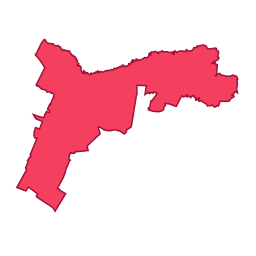 the district of Jantetelco, Morelos, Mexico, rotated 274°
{"feature_id": "50627088B92238721973394", "entity_name": "Jantetelco", "entity_type": "district", "adm_level": 2, "iso_a3": "MEX", "parent_name": "Mexico", "parent_adm1": "Morelos", "projection": "albers", "projection_center": [-98.756, 18.67], "detail": "fine", "context": "isolated", "style": "filled", "palette": "rose", "viewbox_px": 256, "rotation_deg": 274, "n_neighbors": 0, "source": "geoboundaries", "source_scale": "gbopen_adm2", "svg_char_len": 5928}
<svg xmlns="http://www.w3.org/2000/svg" viewBox="0 0 256 256"><g transform="rotate(274 128 128)"><path d="M205.3,212.4L209.5,213.2L211.1,212.5L211.8,211.2L211.9,210.4L213.4,210.8L213.8,210.0L213.6,208.2L212.5,203.7L212.9,201.7L215.1,200.3L215.8,198.8L216.1,197.6L215.2,193.9L214.5,192.3L214.7,191.3L213.5,191.3L213.0,189.9L212.8,188.1L212.1,188.0L210.4,186.9L209.3,185.5L209.4,184.7L208.8,182.7L209.3,181.7L209.8,181.4L210.3,181.4L210.3,181.1L210.0,180.6L209.0,180.3L208.3,179.7L208.2,179.0L208.7,178.3L208.2,177.1L208.3,176.2L208.7,175.8L208.6,175.2L208.3,173.9L207.7,172.7L206.5,171.4L206.8,170.8L207.7,170.4L208.2,169.2L207.1,168.5L205.2,168.9L204.6,168.8L204.4,168.5L205.4,167.2L206.1,167.7L206.8,167.6L207.0,167.4L206.1,164.1L206.8,162.1L206.5,158.1L206.6,157.6L207.4,156.8L207.3,156.4L206.0,155.3L206.0,153.5L205.8,153.2L204.6,153.4L204.3,153.1L204.4,152.7L205.3,152.7L205.5,151.4L206.1,150.8L206.3,150.3L206.1,149.0L205.4,148.2L205.6,146.3L204.7,145.5L202.7,145.9L202.3,145.3L202.4,144.9L204.1,144.7L204.2,144.1L201.4,143.6L199.9,142.7L199.3,141.3L199.4,139.6L198.4,138.6L198.1,137.7L197.1,136.7L196.5,135.3L197.0,134.7L197.0,134.3L196.1,133.7L196.0,133.0L197.3,132.0L197.5,131.4L197.3,131.1L195.8,131.2L195.7,131.0L195.7,129.9L196.3,128.6L196.3,128.0L195.8,127.3L195.4,127.3L194.6,128.7L193.9,128.9L193.7,128.1L194.7,127.2L193.9,126.6L192.1,126.2L191.6,125.3L192.3,124.9L192.3,124.3L190.8,124.1L189.9,123.2L189.6,122.4L189.8,122.2L189.6,121.3L188.9,120.1L190.3,119.2L190.5,118.3L190.3,117.9L189.6,118.2L188.7,117.8L188.6,116.9L189.1,116.0L188.2,115.4L187.9,114.2L187.3,113.7L187.4,113.1L187.1,112.6L186.1,112.4L186.7,110.2L184.9,109.1L185.2,107.8L183.9,104.6L184.1,103.3L183.5,102.5L183.5,101.5L182.2,99.9L182.0,98.7L182.4,97.9L182.4,96.9L182.3,96.5L181.6,96.1L181.6,95.7L182.0,95.0L182.7,94.6L182.8,94.2L181.2,94.3L181.2,93.8L182.0,93.1L182.0,92.4L181.3,91.7L180.8,91.9L180.5,91.5L180.4,90.9L180.6,90.5L179.9,89.1L180.1,87.2L179.7,86.9L179.3,87.2L179.0,87.1L178.6,86.3L178.6,85.8L178.9,85.0L180.3,83.8L180.2,83.1L180.0,82.8L179.2,82.5L179.4,82.1L180.7,81.8L181.2,80.5L182.0,79.9L181.2,79.7L179.5,80.3L179.2,80.0L179.3,78.9L180.3,78.7L181.3,77.7L182.5,77.2L182.7,76.8L183.7,77.1L184.7,77.1L185.8,76.7L186.3,76.0L186.3,75.4L186.8,75.3L186.7,74.6L187.0,74.1L186.6,73.3L186.6,73.0L187.1,72.9L187.6,74.0L188.6,74.5L189.4,73.4L191.0,72.3L191.6,72.8L192.8,71.9L193.6,71.7L193.5,71.3L193.6,70.5L193.8,70.4L194.4,70.8L195.1,70.6L195.2,70.2L195.8,69.6L195.7,68.5L196.8,67.8L197.1,66.6L198.9,65.4L199.6,64.6L200.6,64.4L200.7,63.3L200.4,62.7L201.0,62.2L200.8,61.0L201.5,58.8L201.0,58.9L200.9,58.5L201.2,58.0L201.2,56.8L201.6,56.5L202.1,56.4L202.7,55.4L204.0,55.1L204.5,53.3L205.3,52.9L204.8,52.3L205.1,51.6L205.2,48.8L206.9,47.3L206.4,46.0L206.9,45.3L206.8,43.6L207.2,41.7L208.6,39.9L209.8,39.7L210.5,38.3L206.8,35.8L196.2,31.5L194.5,30.4L191.1,34.1L182.5,40.9L164.4,33.4L163.5,34.5L164.0,34.7L163.6,35.6L160.7,39.2L160.5,41.3L159.8,43.4L159.5,43.8L158.2,44.7L158.5,45.6L158.5,47.6L157.4,49.1L157.9,49.5L157.1,50.9L156.3,51.6L155.0,51.9L147.5,49.4L146.5,48.5L146.2,49.2L145.4,49.0L145.4,48.0L142.7,46.9L140.6,46.4L140.0,48.7L138.1,48.8L138.3,46.9L138.7,45.5L136.4,44.4L132.4,43.2L133.5,36.9L134.8,32.7L131.2,35.1L130.7,35.5L128.6,42.2L120.8,39.8L122.0,35.8L121.1,35.5L116.8,34.6L115.8,34.8L113.9,34.6L111.5,35.9L111.4,36.8L111.7,37.7L111.2,37.9L94.6,32.3L94.0,32.9L92.9,33.4L92.3,32.1L88.5,30.1L88.3,30.0L87.8,30.9L81.1,28.6L79.1,29.7L60.9,21.2L58.1,30.5L62.0,32.6L61.3,34.1L56.1,42.3L53.4,41.3L51.9,43.3L44.2,57.2L42.6,59.2L39.9,61.0L58.1,70.4L60.6,65.3L62.3,63.5L63.0,61.8L73.8,66.8L79.6,68.6L80.9,68.6L84.5,69.7L91.9,72.2L92.0,72.5L93.1,71.0L98.8,71.9L98.7,73.0L99.5,73.3L98.8,74.9L99.1,76.4L100.7,77.3L101.6,84.0L102.8,89.9L105.2,89.0L105.6,88.4L108.0,89.2L114.6,95.2L114.9,95.7L116.1,96.5L120.2,100.6L124.2,99.2L124.5,98.9L126.9,98.3L126.8,100.2L124.4,104.4L124.7,104.6L123.8,107.7L124.2,108.3L123.9,110.9L124.5,111.6L125.3,115.1L125.3,115.8L125.2,116.9L124.7,117.6L124.7,119.1L124.3,120.5L121.8,124.6L122.4,125.5L124.5,126.8L126.6,126.8L126.8,127.9L128.9,130.7L130.6,131.3L162.0,134.2L162.5,134.6L171.2,133.9L171.5,143.4L162.6,142.6L163.4,143.6L164.1,145.2L165.1,146.5L164.7,147.0L164.1,146.7L163.8,147.3L164.0,147.6L164.8,147.7L165.0,148.4L164.5,150.7L165.1,150.7L165.7,151.1L165.2,153.0L164.2,154.6L157.2,150.1L156.8,149.0L152.3,148.4L150.8,148.7L149.3,146.8L147.9,147.0L147.9,148.5L147.0,148.2L147.1,149.4L146.6,151.0L146.3,154.0L146.5,158.2L147.9,161.5L149.1,162.2L150.9,162.3L151.9,162.7L152.9,163.7L155.1,163.4L154.9,167.7L154.4,169.2L154.5,169.8L154.3,170.3L153.9,170.6L153.6,172.1L153.1,173.2L153.0,174.7L162.3,178.6L164.0,179.7L162.8,181.2L163.5,182.4L163.7,183.6L164.7,183.7L165.1,184.1L164.7,184.7L163.4,184.5L163.1,184.7L163.0,185.1L164.0,185.7L164.1,186.3L163.7,187.7L162.7,188.1L162.7,188.6L163.2,189.1L165.0,190.3L165.0,191.2L164.5,191.5L163.8,191.5L163.1,192.4L163.0,193.3L161.0,193.4L160.5,193.7L160.6,194.4L163.1,196.2L163.1,196.8L162.6,197.2L160.7,196.1L159.9,196.5L159.6,197.2L160.4,199.6L158.9,201.0L158.4,202.6L157.0,204.9L155.5,205.6L156.0,207.8L156.0,209.2L156.7,210.1L156.5,210.9L154.9,212.7L155.3,214.0L156.8,215.8L156.3,216.7L161.1,218.1L161.4,224.2L161.7,225.5L161.6,226.1L162.2,227.2L165.3,229.1L165.8,230.9L166.4,231.4L167.0,231.6L167.7,230.9L167.7,230.0L168.1,229.4L169.3,231.1L171.4,231.7L171.3,233.5L170.7,234.8L175.4,233.4L176.8,233.9L178.6,234.1L184.2,233.4L184.3,234.0L184.6,233.9L187.0,232.9L187.1,233.2L187.5,230.2L188.0,230.1L188.1,228.6L186.5,226.0L186.8,225.0L186.6,222.8L186.7,222.2L186.3,222.1L187.2,219.4L187.0,217.7L187.8,217.0L188.9,215.5L188.3,214.0L186.1,212.2L186.6,210.7L186.5,212.2L187.4,212.6L192.0,212.7L192.6,212.4L194.1,212.5L194.3,212.8L197.4,212.7L197.4,210.9L199.2,210.9L199.4,211.1L197.9,206.7L200.3,209.3L200.9,210.8L201.5,211.4L202.0,212.5L203.3,213.6L204.4,213.7L204.5,213.0L205.3,213.0L205.3,212.4Z" fill="#f43f5e" stroke="#9f1239" stroke-width="1.5"/></g></svg>